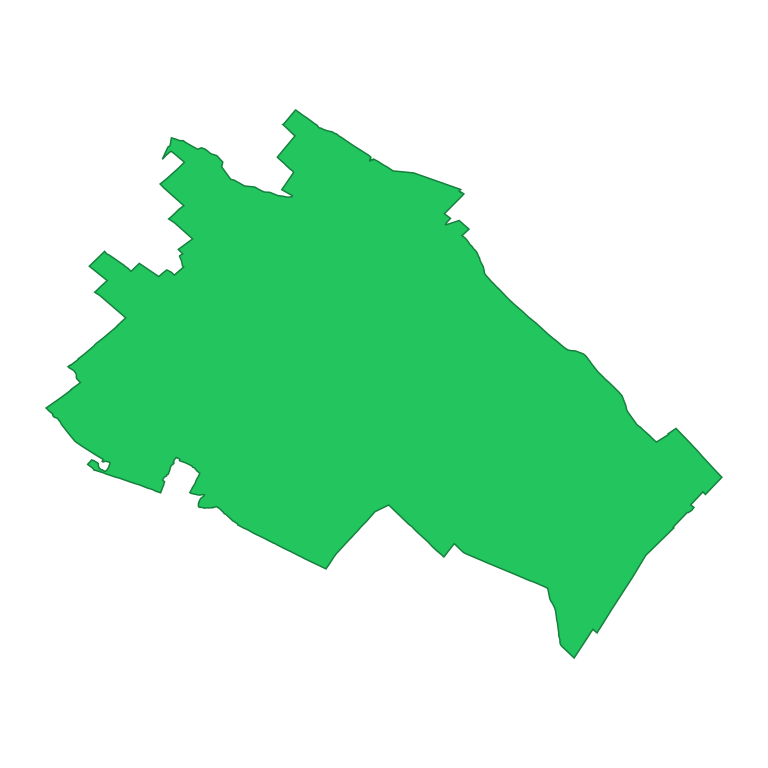 the district of Havarna, Botosani, Romania
{"feature_id": "2599482B1439153330194", "entity_name": "Havarna", "entity_type": "district", "adm_level": 2, "iso_a3": "ROU", "parent_name": "Romania", "parent_adm1": "Botosani", "projection": "equal_earth", "projection_center": [26.638, 48.055], "detail": "fine", "context": "isolated", "style": "filled", "palette": "green", "viewbox_px": 768, "rotation_deg": 0, "n_neighbors": 0, "source": "geoboundaries", "source_scale": "gbopen_adm2", "svg_char_len": 6060}
<svg xmlns="http://www.w3.org/2000/svg" viewBox="0 0 768 768"><path d="M597.1,632.9L598.1,631.0L600.4,627.6L611.1,610.4L632.6,577.2L645.8,555.3L673.9,527.9L673.2,527.1L687.2,512.5L688.1,512.7L691.7,510.4L694.0,507.4L690.7,504.9L702.9,491.9L705.4,494.5L721.9,477.3L715.5,470.6L702.5,456.6L697.4,450.7L692.3,445.5L690.7,443.6L676.0,428.4L668.1,433.8L668.6,434.5L656.4,442.1L652.5,438.6L649.5,435.5L643.1,429.9L640.5,427.3L639.8,426.7L639.0,426.4L638.3,425.9L636.8,424.5L628.7,413.2L627.1,410.7L626.7,409.8L625.8,405.6L622.1,395.9L618.9,392.1L608.9,382.3L607.2,380.8L605.7,379.6L601.8,375.6L597.7,371.6L591.0,363.0L590.4,361.9L588.7,359.8L587.9,358.6L586.0,356.2L584.9,355.1L584.2,354.5L583.0,353.8L575.4,350.9L570.8,350.6L568.1,350.0L567.3,349.6L564.0,347.4L555.5,340.1L553.5,338.7L548.4,334.5L536.6,323.6L529.0,317.5L521.1,310.2L519.1,308.6L513.3,303.5L507.8,298.3L498.9,288.9L496.3,286.6L495.0,285.2L494.2,284.2L491.4,281.5L486.1,275.5L484.9,274.0L484.5,272.9L484.1,270.3L483.2,266.5L482.5,265.3L481.4,263.1L480.7,262.0L480.2,260.8L479.6,258.3L478.3,255.9L477.4,253.4L476.8,252.2L475.5,250.6L474.3,249.5L471.3,245.6L470.2,244.9L468.5,242.2L465.9,238.8L464.8,237.8L462.0,235.6L469.0,229.2L459.2,220.5L445.8,224.9L445.5,224.7L446.0,223.6L447.0,222.2L450.5,218.4L444.4,213.7L462.5,195.5L463.9,193.9L461.1,192.1L460.7,192.5L459.9,191.9L460.2,191.7L459.2,191.1L460.7,189.5L413.6,172.9L393.0,170.9L388.0,167.5L383.2,164.8L378.2,161.5L373.4,159.0L372.8,160.2L372.5,160.2L371.4,159.4L371.1,159.4L370.3,161.0L370.0,161.1L369.6,160.5L369.7,159.8L370.9,157.2L369.0,155.5L360.1,149.8L354.2,146.2L341.1,137.2L340.1,136.7L338.3,135.5L337.1,134.4L335.6,133.5L334.3,133.3L332.9,132.2L332.1,131.8L327.3,130.8L322.6,129.1L321.2,128.2L319.3,127.9L318.6,127.5L317.1,125.2L314.3,123.4L307.0,118.0L302.9,115.3L295.9,110.1L295.5,110.0L295.3,110.2L285.6,121.8L283.4,124.3L282.8,124.5L286.8,128.1L292.6,133.8L295.0,135.9L277.3,157.2L281.7,161.3L284.5,163.7L286.9,166.2L288.7,167.7L289.6,168.7L292.5,170.9L293.5,172.1L293.1,173.1L292.5,174.1L281.8,189.7L292.4,195.7L292.1,196.6L288.9,197.2L286.3,197.0L283.0,196.2L277.9,195.6L269.7,192.3L265.3,192.1L264.0,191.9L259.1,189.6L254.7,187.0L244.6,186.0L234.5,180.3L230.7,179.3L221.7,166.9L222.8,162.1L216.8,155.6L211.0,153.8L205.3,149.2L201.3,147.8L197.7,149.3L185.8,142.6L183.4,140.7L179.6,140.6L176.3,139.3L171.4,137.8L170.1,145.7L167.9,147.1L162.3,159.3L166.3,155.1L170.9,151.2L172.8,152.5L176.4,155.4L184.4,162.2L178.3,168.3L165.9,179.4L160.1,184.0L164.2,188.2L183.8,205.7L179.2,209.1L171.6,216.5L168.6,218.9L174.4,222.7L192.6,238.9L178.3,249.4L182.7,253.9L179.8,255.6L179.6,256.6L180.9,259.3L181.9,262.6L182.5,266.0L183.7,267.1L182.1,268.3L174.3,275.1L171.4,272.3L166.8,269.9L162.3,273.4L158.8,276.6L139.3,263.4L131.0,271.4L127.8,268.1L125.1,266.4L124.5,265.6L109.6,255.3L106.8,253.9L104.6,251.4L89.3,266.2L107.2,280.6L102.0,285.3L94.7,292.3L99.7,295.4L125.7,317.8L117.1,325.9L117.3,326.1L103.0,338.2L96.5,343.2L95.1,344.5L93.9,346.0L84.8,353.7L78.8,358.4L78.3,358.6L78.5,359.0L77.3,360.2L70.2,365.5L70.0,365.2L68.0,366.7L69.5,368.0L73.1,370.1L74.0,370.8L76.1,373.7L76.4,374.9L76.3,377.1L76.5,378.3L77.2,379.3L80.4,382.5L77.1,385.1L71.0,389.5L71.3,389.8L62.3,396.6L46.1,408.0L49.2,411.1L52.9,414.1L52.6,414.9L53.2,416.2L53.8,416.8L54.5,417.3L56.5,417.9L57.8,418.7L58.5,419.9L59.9,421.4L61.6,424.6L62.7,426.1L64.0,427.6L67.5,432.2L74.4,440.6L75.2,441.5L82.2,446.4L96.3,455.3L103.5,459.6L102.1,461.2L102.9,461.9L103.3,461.9L104.9,461.4L106.6,461.4L108.6,462.0L109.5,462.4L109.9,462.8L110.0,463.3L108.8,466.7L107.6,469.2L105.5,471.2L105.1,471.3L104.7,471.3L103.1,470.4L102.5,469.9L101.3,469.8L100.6,469.1L99.6,468.5L99.1,467.9L98.3,465.6L98.3,463.7L98.0,463.2L94.0,460.7L91.6,459.9L90.2,461.6L87.7,464.2L87.6,464.4L92.1,467.7L93.2,468.8L94.0,470.1L96.0,470.5L104.1,473.1L105.6,473.8L115.4,477.1L119.2,478.1L130.5,482.1L131.6,482.4L134.1,483.3L138.9,484.7L147.6,488.1L150.9,489.0L153.0,489.8L156.2,491.4L160.7,492.8L160.9,492.6L160.8,492.2L161.0,491.1L161.4,490.8L161.8,489.9L162.2,488.5L163.8,484.7L164.1,483.0L164.5,482.2L164.5,481.6L163.1,480.5L162.7,480.0L162.8,479.5L163.8,477.9L164.7,476.9L166.5,476.0L166.9,474.7L167.2,474.6L167.6,474.6L168.5,473.8L168.6,473.5L168.6,472.6L169.2,471.9L170.4,467.7L170.9,466.1L171.6,465.2L173.1,464.2L173.8,463.4L174.0,463.0L173.9,462.7L173.4,462.5L174.0,460.4L174.7,459.2L175.8,458.2L176.2,457.4L179.9,459.2L179.5,460.5L179.9,460.9L185.0,462.6L191.1,465.5L191.8,466.0L192.5,467.0L192.9,467.3L194.4,467.8L196.9,470.9L199.7,473.1L199.7,473.5L199.3,474.5L198.0,477.1L196.7,479.2L194.8,484.0L192.2,487.9L191.8,489.1L189.8,492.6L190.6,493.2L194.1,494.1L196.2,494.4L197.0,494.8L199.9,495.1L201.9,494.7L202.9,494.7L204.5,495.0L203.8,496.2L201.1,498.0L199.8,499.9L198.9,502.1L199.1,502.2L199.1,502.4L198.3,503.9L198.5,506.6L198.6,506.8L199.9,507.4L201.9,507.4L204.6,508.2L206.6,507.8L209.1,508.0L210.5,507.7L211.3,507.8L212.5,507.5L212.9,507.8L213.7,507.5L214.0,507.1L216.6,506.7L216.9,506.8L217.6,507.4L218.4,507.8L220.4,509.3L221.7,510.8L223.1,512.0L224.2,513.6L225.9,514.4L226.4,514.8L232.6,520.7L236.0,522.8L237.6,524.0L237.8,524.4L237.8,524.9L238.1,525.3L238.7,525.4L243.3,527.9L247.9,529.9L254.1,533.5L262.4,537.4L273.5,543.1L275.8,544.0L277.4,545.1L278.7,545.6L283.4,548.1L291.6,552.0L293.4,553.0L295.1,553.7L296.2,554.4L302.5,557.5L304.0,558.4L326.0,568.9L329.9,563.2L333.8,557.1L336.6,553.4L348.1,540.9L352.8,536.1L354.2,534.4L357.6,530.9L361.0,526.9L366.3,521.6L375.0,511.7L388.7,505.0L409.1,524.6L411.8,526.5L414.6,529.6L417.3,532.2L428.4,542.3L432.4,546.7L436.2,550.3L442.2,555.3L443.6,556.9L443.9,557.0L450.9,547.9L454.3,543.7L462.4,551.5L463.4,552.4L464.9,553.3L489.7,563.9L517.6,575.5L528.3,580.1L534.1,582.2L544.5,586.7L547.6,588.2L548.5,591.9L549.7,598.4L550.7,600.9L552.5,603.5L554.7,608.0L555.7,611.6L556.4,616.8L556.7,619.9L557.3,621.9L558.8,633.6L558.7,635.7L559.2,637.1L559.9,639.5L560.0,642.9L560.3,644.0L560.9,645.2L562.4,646.9L566.4,650.6L574.1,658.0L588.9,635.5L590.4,632.9L591.8,631.0L593.0,629.3L595.2,631.4L597.1,632.9Z" fill="#22c55e" stroke="#15803d" stroke-width="1.5"/></svg>